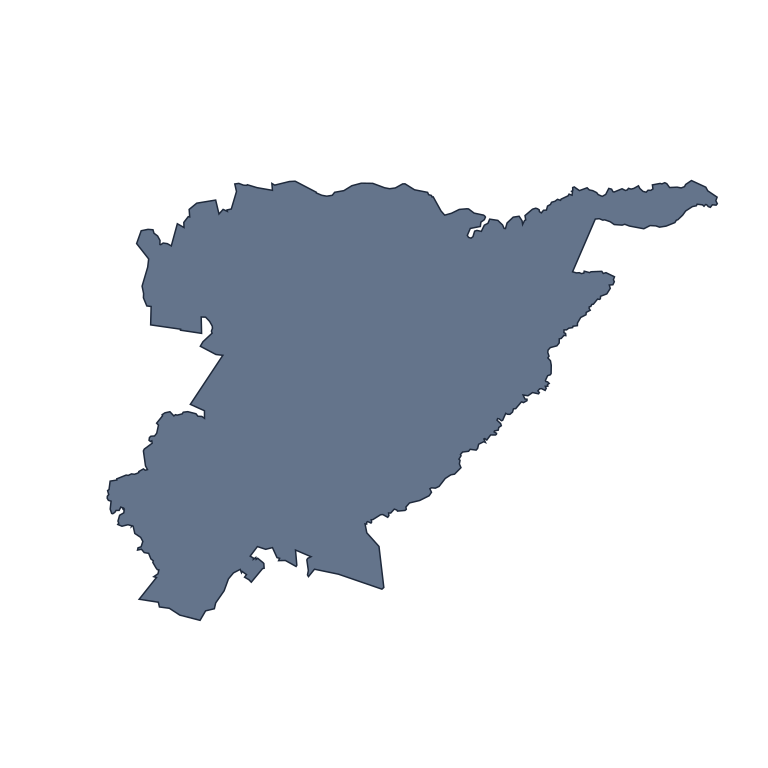 outline of Aculco, México, Mexico, rotated 105°
{"feature_id": "50627088B12857045520905", "entity_name": "Aculco", "entity_type": "district", "adm_level": 2, "iso_a3": "MEX", "parent_name": "Mexico", "parent_adm1": "México", "projection": "robinson", "projection_center": [-99.832, 20.136], "detail": "fine", "context": "isolated", "style": "filled", "palette": "slate", "viewbox_px": 768, "rotation_deg": 105, "n_neighbors": 0, "source": "geoboundaries", "source_scale": "gbopen_adm2", "svg_char_len": 6159}
<svg xmlns="http://www.w3.org/2000/svg" viewBox="0 0 768 768"><g transform="rotate(105 384 384)"><path d="M567.7,620.1L567.8,617.3L575.7,616.1L579.5,613.6L579.5,612.4L577.7,610.8L575.5,610.1L574.6,607.1L571.0,606.4L571.3,603.3L571.9,602.7L572.4,603.7L573.3,602.3L575.8,602.0L579.2,605.4L585.3,605.5L587.1,604.2L588.6,604.8L589.2,600.3L586.2,594.9L586.2,591.0L586.9,591.0L586.1,590.5L586.3,589.5L592.9,586.0L595.1,579.4L598.5,576.2L604.1,576.5L605.9,579.2L608.2,579.1L606.4,575.5L608.9,572.0L608.5,567.5L613.3,563.9L614.5,561.1L616.2,561.1L620.6,556.7L622.0,554.9L621.8,553.4L625.8,553.2L629.7,556.5L629.8,553.7L655.3,564.8L653.2,545.5L657.5,543.2L656.2,533.3L660.1,521.4L659.9,500.5L649.3,497.6L645.0,489.7L639.0,489.9L625.1,484.9L612.5,483.8L605.4,480.5L600.3,474.9L603.2,472.8L601.8,472.5L603.7,467.5L606.7,468.7L608.0,463.9L609.8,460.9L593.7,453.5L593.0,452.1L588.5,453.6L587.8,454.7L585.0,460.9L586.5,462.1L584.7,462.9L587.1,464.8L586.0,464.9L584.9,468.7L573.8,464.2L574.3,455.5L570.9,449.4L579.4,442.4L579.4,439.7L581.9,440.1L580.0,433.6L583.0,421.7L581.6,421.3L567.3,426.5L569.7,409.8L572.2,412.6L573.9,413.0L583.8,408.8L588.2,408.5L589.6,407.1L580.9,403.2L579.5,378.8L582.7,332.9L580.6,331.5L542.2,346.8L532.2,362.1L524.0,366.1L523.8,364.5L522.0,364.9L521.1,364.1L521.7,360.6L520.6,360.2L518.5,361.2L517.8,359.6L511.1,353.4L510.4,351.3L511.8,345.9L509.9,345.2L507.4,346.2L506.9,344.1L502.2,341.7L502.4,339.1L503.3,338.1L500.7,331.0L499.3,330.0L497.2,331.0L492.3,328.6L487.3,319.4L480.3,311.5L476.3,310.1L473.3,312.6L472.0,311.3L471.3,307.4L468.7,304.3L459.4,300.4L454.4,295.9L452.8,292.5L444.9,288.0L441.7,290.5L438.0,290.8L437.2,292.2L433.4,291.0L432.3,291.9L429.4,290.5L427.1,284.9L424.8,283.9L424.0,277.9L422.0,276.9L417.7,277.0L413.9,272.7L414.2,270.9L411.3,273.3L410.6,272.5L411.5,270.2L405.6,267.8L404.4,263.1L403.5,262.4L402.5,262.5L401.8,265.2L400.7,265.1L399.0,261.7L396.3,261.9L393.9,259.9L392.0,261.1L389.7,265.5L388.0,265.3L387.9,263.6L389.1,261.1L388.4,260.0L380.8,258.8L381.3,257.0L380.7,254.5L377.9,252.6L374.5,252.5L373.7,250.4L366.2,246.9L365.6,246.3L365.9,244.5L363.1,241.6L361.7,241.9L362.0,244.0L358.6,246.8L358.1,241.9L353.8,238.3L353.5,232.2L352.1,231.7L350.8,233.6L348.4,232.4L347.7,230.6L348.5,226.7L346.2,226.2L344.5,227.6L343.7,225.2L342.2,225.9L340.7,224.6L339.6,226.5L339.7,228.3L338.8,229.0L333.6,228.1L332.0,225.7L330.6,225.3L322.6,227.3L318.5,229.2L316.4,232.5L314.4,231.8L311.1,234.0L308.8,234.3L305.8,232.8L302.4,226.9L299.0,225.4L295.0,226.4L294.1,224.6L290.5,222.8L290.2,220.9L288.2,221.7L287.8,223.5L285.1,224.1L284.4,221.6L282.3,220.0L280.7,216.4L279.3,216.4L277.6,212.3L275.0,212.9L268.8,211.2L264.8,206.8L262.5,207.2L259.4,203.9L257.8,205.5L256.3,205.7L255.6,204.3L253.4,203.9L252.7,202.4L246.7,199.7L246.5,197.7L245.7,197.1L243.2,197.5L239.3,192.1L233.1,190.2L230.1,192.0L228.9,188.6L225.6,188.0L223.9,189.4L220.8,189.1L219.0,198.4L220.5,200.8L218.8,202.8L222.0,213.1L223.2,214.3L223.2,219.8L225.2,219.7L226.3,222.0L225.9,224.1L226.9,226.9L226.8,230.9L170.0,222.6L168.6,218.8L169.1,215.1L168.3,213.3L168.7,207.5L170.4,202.9L168.9,195.1L167.4,192.8L167.9,187.9L166.8,173.2L162.1,168.0L160.9,162.3L161.2,158.5L158.5,152.4L152.8,144.8L150.1,144.0L149.3,142.7L143.6,139.2L138.8,137.4L132.8,132.0L131.0,128.4L129.3,128.1L128.5,122.7L129.5,120.9L127.4,119.8L127.3,118.8L128.7,116.7L128.9,114.5L125.9,113.2L125.3,109.5L123.6,108.7L121.1,110.9L117.3,110.6L113.6,121.3L110.6,124.1L107.9,139.7L113.2,144.3L115.6,144.8L117.7,147.7L118.0,151.8L120.3,159.0L117.3,162.7L116.9,164.9L118.8,167.4L118.8,169.2L122.2,176.3L126.0,174.7L127.9,176.4L128.5,179.1L130.9,180.4L130.9,183.7L128.9,187.5L126.7,189.5L130.4,193.3L131.8,195.8L131.7,198.5L133.6,199.3L134.6,200.9L133.8,204.6L139.0,211.4L139.0,212.6L136.9,214.6L136.9,217.5L143.5,218.9L146.3,221.8L145.6,226.2L144.1,228.1L143.2,232.4L143.4,235.9L141.9,238.6L146.6,245.3L144.4,251.2L145.4,252.6L148.4,251.7L149.3,252.7L149.9,251.6L153.0,251.2L152.7,254.4L154.6,254.9L159.6,260.8L160.9,261.0L160.7,264.2L163.2,266.1L165.1,269.2L167.5,269.7L169.8,272.1L174.0,272.1L174.9,274.9L178.0,276.3L177.3,278.5L175.6,279.2L175.0,281.1L174.9,282.9L176.7,285.8L184.8,291.4L188.8,289.6L189.8,290.6L194.0,291.4L190.6,292.9L187.0,296.9L189.4,302.4L196.6,306.8L202.4,306.9L202.6,308.3L199.7,310.6L196.5,316.4L197.4,324.6L201.9,325.2L204.6,328.2L211.4,329.5L211.6,334.0L212.9,336.0L218.7,336.2L220.6,337.7L220.5,340.3L218.9,342.0L211.4,340.9L206.9,331.7L202.6,332.3L199.3,329.6L196.5,329.2L195.7,330.1L195.1,331.5L195.6,341.2L193.0,347.6L193.3,349.3L195.9,356.5L201.6,363.0L205.2,369.1L202.1,373.7L190.5,384.9L190.9,386.0L189.6,387.0L189.6,389.9L187.6,391.5L188.5,404.8L185.2,415.5L185.9,417.8L191.7,423.8L193.9,429.1L194.3,434.2L193.1,446.8L195.9,457.9L200.8,466.4L207.6,472.8L211.6,481.3L215.1,482.8L217.4,487.9L217.8,492.9L217.0,498.8L216.3,499.0L211.1,522.3L212.9,527.8L220.2,541.1L219.3,544.2L225.8,541.9L227.2,557.4L226.9,567.6L227.6,567.9L228.3,571.0L227.8,576.2L229.4,579.9L236.3,576.3L254.5,576.8L256.5,580.7L257.8,580.0L257.0,584.6L262.5,587.4L249.9,594.2L257.8,611.7L265.8,617.4L272.9,614.9L273.0,616.4L279.7,619.2L284.6,617.7L282.7,625.1L305.7,625.2L304.5,629.6L305.0,633.8L307.2,635.7L307.2,636.6L303.3,637.5L299.6,641.0L297.9,645.2L294.8,647.1L295.7,652.0L298.8,658.2L312.4,659.3L324.1,643.7L332.2,642.5L352.1,643.0L358.9,639.6L363.0,638.7L370.0,633.3L369.4,629.0L387.3,624.7L383.7,594.6L384.7,594.5L382.3,573.3L366.6,577.9L365.6,573.6L368.7,568.6L372.5,564.9L374.6,564.1L377.6,564.4L379.4,563.2L390.0,569.8L395.1,571.2L399.0,554.0L398.0,547.1L453.8,565.8L456.3,550.5L463.6,548.5L462.5,551.6L463.3,555.4L461.4,557.9L461.5,566.4L463.2,570.6L465.1,571.2L467.6,575.7L467.6,577.5L469.2,578.7L466.2,583.6L468.5,588.1L471.1,590.4L472.1,589.7L480.7,593.5L482.1,591.2L490.4,590.8L493.6,592.2L494.8,595.7L496.4,596.7L499.2,596.4L500.0,594.6L499.0,593.6L501.2,592.6L508.9,598.7L510.9,599.1L524.8,593.2L527.9,590.3L529.1,592.3L528.3,594.4L532.0,598.2L532.9,597.9L534.1,599.2L535.8,601.7L536.2,604.7L538.5,607.4L538.7,609.5L544.8,617.6L545.9,617.2L548.7,623.4L557.1,622.3L558.5,623.4L562.1,621.3L564.0,622.2L566.0,621.8L567.7,620.1Z" fill="#64748b" stroke="#1e293b" stroke-width="1.5"/></g></svg>